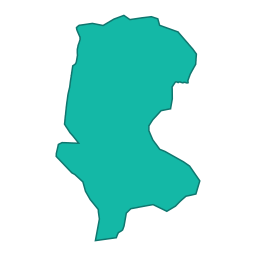 Tosoncengel, Dzavhan, Mongolia
{"feature_id": "93677404B60721538910841", "entity_name": "Tosoncengel", "entity_type": "district", "adm_level": 2, "iso_a3": "MNG", "parent_name": "Mongolia", "parent_adm1": "Dzavhan", "projection": "equal_earth", "projection_center": [98.252, 48.497], "detail": "fine", "context": "isolated", "style": "filled", "palette": "teal", "viewbox_px": 256, "rotation_deg": 0, "n_neighbors": 0, "source": "geoboundaries", "source_scale": "gbopen_adm2", "svg_char_len": 4602}
<svg xmlns="http://www.w3.org/2000/svg" viewBox="0 0 256 256"><path d="M199.8,180.9L189.6,166.1L183.6,161.9L164.9,151.4L159.7,149.3L155.8,143.9L155.5,143.6L152.8,139.9L149.7,132.7L149.5,132.1L149.4,131.9L149.1,131.2L148.9,130.8L148.9,130.7L148.9,129.2L148.9,128.2L148.9,127.9L148.9,127.5L148.9,127.3L148.9,126.1L148.9,125.9L148.9,125.7L149.0,125.7L149.1,125.4L149.4,125.1L149.6,124.7L149.8,124.3L150.0,124.1L150.1,123.9L150.2,123.7L151.1,122.3L151.2,122.1L152.0,120.9L152.8,119.7L155.1,117.2L155.3,117.0L155.5,116.8L155.7,116.6L157.5,114.6L157.7,114.3L157.9,114.2L160.4,111.4L160.7,111.1L161.2,110.6L161.4,110.6L161.9,110.5L162.5,110.4L162.9,110.3L164.3,110.0L164.5,110.0L165.2,109.8L165.5,109.8L165.8,109.7L169.4,109.0L169.7,109.0L170.6,108.8L170.6,108.5L170.6,108.4L172.3,98.8L172.2,89.3L172.2,89.1L172.1,87.1L172.1,86.9L172.7,86.1L173.0,85.6L173.1,85.4L173.6,84.6L173.8,84.4L174.0,84.1L174.5,83.3L174.6,83.2L174.9,82.7L175.0,82.6L175.2,82.3L175.3,82.2L175.5,82.0L175.9,81.9L176.0,81.9L176.4,81.9L176.6,82.0L176.8,82.0L177.0,82.0L177.3,82.1L177.6,82.3L177.8,82.4L177.9,82.5L178.0,82.5L178.3,82.5L178.5,82.5L178.6,82.4L178.6,82.2L178.8,82.1L179.1,82.0L179.3,82.0L179.5,82.0L179.9,81.9L180.2,81.9L180.4,82.0L180.6,82.1L180.9,82.3L181.1,82.4L181.4,82.4L181.6,82.5L181.9,82.6L182.4,82.8L182.7,82.8L182.9,82.8L183.1,82.8L183.2,82.7L183.4,82.6L183.7,82.4L184.0,82.3L184.3,82.3L184.6,82.4L184.9,82.4L185.1,82.5L185.4,82.5L186.0,82.7L186.6,82.9L186.9,82.9L187.1,82.9L187.5,82.9L187.8,82.8L188.1,82.7L188.0,82.0L188.0,81.8L188.0,81.6L187.9,80.9L187.8,80.7L188.1,80.1L188.1,79.9L188.4,79.2L188.5,78.9L188.6,78.6L188.7,78.3L188.8,78.0L189.0,77.4L189.1,77.2L189.2,76.9L189.3,76.5L189.5,76.2L189.7,75.5L189.8,75.3L190.2,74.1L190.3,74.0L192.6,69.7L192.8,69.5L192.8,69.3L192.9,69.2L193.1,68.9L193.4,68.4L193.9,67.4L194.0,67.2L194.3,66.8L195.0,65.5L195.1,65.3L195.3,64.9L195.7,64.3L195.7,64.1L195.8,62.1L195.8,61.9L196.0,60.2L196.0,59.4L196.0,59.2L196.1,57.9L196.2,56.7L196.3,55.8L196.3,55.7L196.3,55.3L196.4,54.1L196.1,53.6L195.7,53.1L194.6,51.6L194.5,51.4L194.3,51.2L194.2,51.0L193.3,49.8L193.1,49.5L192.9,49.2L190.2,46.1L190.0,45.8L189.6,45.4L189.4,45.2L188.6,44.3L188.5,44.1L187.3,42.7L187.1,42.5L178.1,32.1L178.0,31.9L177.9,31.9L159.6,25.3L157.8,18.8L151.4,16.7L142.1,17.8L129.9,19.6L123.9,15.4L113.9,19.1L103.1,25.5L92.4,23.4L79.3,25.3L79.2,25.3L78.8,25.6L78.7,25.7L78.4,25.9L78.3,26.0L78.2,26.0L77.6,26.6L77.3,26.9L76.9,27.2L76.7,27.3L76.5,27.5L76.5,27.8L76.5,28.0L76.7,29.0L76.8,29.6L77.2,30.7L77.8,32.1L78.6,34.0L78.9,34.6L79.1,35.1L79.3,35.6L79.8,36.7L79.9,37.0L80.0,37.0L80.1,37.5L80.1,37.8L80.0,38.0L80.0,38.4L80.1,38.6L80.1,38.8L80.2,39.0L80.1,39.4L79.1,42.7L78.7,43.8L78.5,44.2L78.3,44.9L78.2,45.2L78.0,45.8L78.0,46.0L78.0,46.3L77.4,48.9L77.3,49.6L77.3,50.4L77.3,51.5L77.3,52.1L77.3,52.6L77.3,53.0L77.4,54.1L77.4,54.5L77.5,55.1L77.5,55.4L77.4,55.7L76.8,59.3L76.3,62.0L75.7,63.5L75.4,63.9L74.4,64.7L73.6,65.3L73.3,65.5L72.7,65.9L72.7,66.1L72.2,69.5L71.8,72.4L71.7,72.5L71.7,72.9L71.7,73.0L71.4,75.0L71.3,75.9L71.2,75.9L71.2,76.5L71.1,77.2L71.0,77.9L70.9,78.0L70.9,78.3L70.8,78.8L70.4,81.5L69.9,85.5L69.6,87.7L69.5,87.9L68.3,93.0L68.0,94.4L67.7,96.5L67.1,101.1L67.0,101.5L66.8,103.0L66.5,105.5L66.5,106.0L66.4,106.2L66.2,108.0L66.2,108.5L66.1,109.1L66.1,109.3L65.9,111.0L65.8,112.0L65.8,112.3L65.7,112.6L65.6,114.3L65.6,114.5L65.4,115.5L65.1,118.4L65.1,119.1L65.0,119.3L65.0,119.6L65.0,119.8L65.0,120.1L64.9,120.2L64.9,120.8L64.9,121.0L64.7,122.6L64.7,122.8L64.5,124.1L66.4,127.2L66.6,127.4L70.1,132.8L72.9,135.9L73.1,136.1L73.3,136.5L74.2,137.5L74.3,137.6L74.7,138.2L74.8,138.3L76.1,139.9L76.2,140.1L76.8,140.8L77.4,141.6L77.6,141.8L77.7,142.0L77.9,142.1L78.4,142.8L78.7,143.2L77.0,143.2L76.6,143.2L71.6,143.0L69.2,142.9L68.8,142.9L68.3,142.8L68.1,142.8L67.9,142.8L67.5,142.8L67.2,142.8L65.1,142.7L64.2,142.7L63.9,142.7L63.6,142.7L63.4,142.7L62.4,142.6L62.1,142.6L60.7,143.3L60.0,143.6L59.9,143.7L58.4,144.4L58.3,144.6L58.2,145.2L58.2,145.4L58.1,145.8L58.0,146.0L58.0,146.3L57.5,148.3L57.5,148.5L57.0,150.5L56.3,153.6L56.3,154.4L56.2,156.4L56.7,156.9L56.8,157.0L57.5,157.8L58.6,158.9L71.8,172.8L74.9,174.5L82.9,181.9L85.5,191.3L90.2,199.5L98.3,209.5L98.4,211.9L99.4,219.0L95.4,240.6L116.3,237.7L117.2,235.2L118.4,232.6L121.2,231.0L122.6,229.9L124.0,226.1L124.8,221.7L126.3,213.1L130.8,208.7L135.7,207.8L136.9,207.6L137.4,207.5L138.1,207.3L148.5,205.4L153.1,204.6L160.1,208.0L163.2,209.5L166.8,211.3L175.2,206.3L175.5,206.1L178.8,202.7L180.3,201.2L182.4,199.3L186.0,196.2L190.8,195.2L193.3,194.6L195.9,194.0L197.7,187.9L199.8,180.9L199.8,180.9Z" fill="#14b8a6" stroke="#0f766e" stroke-width="1.5"/></svg>